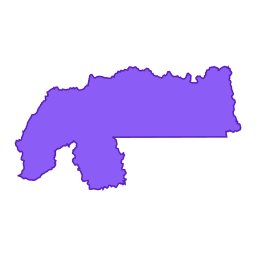 outline of Parauapebas, Pará, Brazil
{"feature_id": "56859067B78091380909488", "entity_name": "Parauapebas", "entity_type": "district", "adm_level": 2, "iso_a3": "BRA", "parent_name": "Brazil", "parent_adm1": "Pará", "projection": "natural_earth1", "projection_center": [-50.55, -6.199], "detail": "fine", "context": "isolated", "style": "filled", "palette": "violet", "viewbox_px": 256, "rotation_deg": 0, "n_neighbors": 0, "source": "geoboundaries", "source_scale": "gbopen_adm2", "svg_char_len": 5677}
<svg xmlns="http://www.w3.org/2000/svg" viewBox="0 0 256 256"><path d="M125.1,184.2L125.1,182.7L124.8,181.8L123.8,181.5L123.4,181.0L124.5,180.9L126.1,179.6L125.9,179.0L125.3,179.2L124.0,178.6L123.7,175.6L124.7,175.1L125.3,173.7L125.9,173.5L125.9,172.3L125.1,171.2L124.7,169.7L122.1,169.6L121.8,168.9L121.9,167.8L122.7,166.4L123.1,163.8L121.5,163.3L121.2,162.1L121.6,160.1L123.0,159.1L123.7,156.6L124.5,155.1L123.9,154.8L123.5,152.9L122.9,153.3L122.8,154.0L120.8,154.4L118.8,151.5L118.3,149.0L117.8,148.6L116.0,148.0L116.1,146.0L116.5,145.5L116.9,144.1L116.6,142.1L116.2,141.5L116.2,140.1L113.9,137.9L112.4,137.2L226.7,136.9L225.9,131.5L228.6,131.5L229.1,130.4L229.6,130.3L230.2,131.1L230.6,130.9L233.0,132.1L234.1,131.8L234.8,130.9L235.4,130.8L236.9,131.3L240.2,129.6L240.6,128.4L240.6,127.2L240.0,124.7L239.2,123.8L237.6,123.8L237.1,123.2L237.7,122.0L237.5,121.3L236.1,121.3L236.4,119.9L235.6,117.3L234.9,116.2L233.8,115.7L233.2,113.2L233.1,112.2L233.3,111.4L233.9,110.7L234.1,109.2L233.5,106.1L235.2,102.3L235.0,101.0L234.5,100.5L234.5,100.0L232.6,98.8L231.6,96.4L232.6,95.1L233.0,94.9L233.4,93.5L232.6,92.4L232.1,90.3L231.6,89.6L231.3,86.3L230.2,84.5L230.8,82.7L230.8,81.7L230.2,80.5L229.7,80.4L229.1,79.6L229.7,78.0L229.5,75.4L230.0,75.5L230.8,74.8L231.7,73.0L231.2,71.6L230.5,70.9L229.8,70.6L230.1,68.9L229.6,68.5L228.8,68.5L228.2,66.8L227.7,67.3L227.7,67.9L227.2,67.9L226.3,66.9L224.9,66.5L222.7,67.2L219.9,69.1L219.0,70.3L218.2,70.3L218.4,69.3L218.1,68.4L217.4,67.9L216.6,67.9L216.0,67.4L214.1,66.8L209.9,67.6L209.4,68.3L209.3,69.7L207.2,70.1L206.7,70.5L206.5,71.8L205.6,72.8L205.8,75.1L204.6,75.9L204.4,77.3L204.0,78.0L202.5,78.4L200.6,77.1L200.0,76.1L199.0,76.5L197.8,76.0L197.2,76.4L196.1,77.6L196.0,78.8L197.0,79.9L197.7,81.9L196.9,82.9L196.2,82.9L192.4,82.9L190.5,82.2L189.8,81.4L190.6,80.4L190.9,75.8L190.4,75.0L189.3,74.7L188.7,73.4L188.0,73.3L186.9,74.1L187.1,75.3L186.3,76.0L186.4,76.6L186.1,77.2L184.9,78.6L183.4,79.1L181.2,78.2L180.6,77.3L179.3,77.6L178.1,76.7L177.8,76.1L177.2,75.9L176.7,76.6L176.0,76.4L173.6,76.6L171.8,75.3L169.6,71.7L168.8,71.7L167.8,71.8L166.6,75.0L165.4,75.7L164.3,75.0L163.2,75.8L162.5,77.4L161.6,77.8L158.4,77.0L157.7,76.2L156.9,75.9L155.9,76.2L153.6,75.2L152.9,73.7L152.3,73.8L151.4,72.8L151.1,71.3L150.6,70.8L149.5,71.0L149.0,70.5L148.9,69.3L148.5,68.9L146.7,68.4L144.6,70.0L144.2,70.6L142.5,70.1L141.4,70.8L139.6,70.7L139.0,70.4L138.1,68.7L137.5,68.8L135.6,66.9L134.1,67.3L133.1,68.1L131.0,67.1L129.7,67.0L129.1,67.3L128.0,68.7L128.0,69.9L127.6,70.2L124.7,69.5L123.7,70.8L121.8,70.8L121.4,70.4L120.9,70.5L120.1,71.3L119.9,72.0L118.2,71.4L117.7,71.9L117.5,73.1L115.9,73.4L114.2,75.5L114.3,76.8L114.0,77.2L112.4,76.4L111.9,76.6L111.1,78.1L110.1,78.4L106.6,77.8L105.9,78.0L104.8,77.6L103.9,77.7L102.7,76.9L99.6,76.4L97.2,76.7L94.8,78.1L93.9,77.5L92.2,75.1L91.7,74.6L91.1,74.6L90.4,74.9L89.6,76.1L89.6,77.6L89.1,78.9L89.3,79.5L88.7,81.0L88.8,82.4L88.2,83.4L88.3,85.3L87.9,85.7L87.0,85.3L85.0,87.2L84.2,88.6L82.2,89.6L79.1,90.3L77.7,89.1L77.3,88.1L76.4,87.6L76.0,88.0L74.8,88.1L74.6,88.7L74.1,88.7L73.4,87.7L72.1,88.5L70.2,87.9L69.7,88.8L68.3,89.6L67.2,89.4L66.4,89.9L62.3,89.2L61.7,90.3L61.0,90.3L60.2,89.9L59.3,90.0L58.8,89.6L57.4,87.2L56.3,87.2L55.6,87.4L54.5,88.6L53.9,87.6L53.3,88.4L50.9,89.5L48.2,91.8L47.2,92.1L47.1,92.7L48.2,94.8L47.6,95.2L47.8,96.0L47.2,96.3L45.4,96.4L45.5,98.8L46.1,99.8L45.0,100.8L44.0,100.8L43.4,101.3L43.2,102.0L41.9,102.8L41.5,104.1L40.7,104.7L40.2,106.3L39.4,107.0L38.0,109.4L37.1,112.1L36.1,113.4L34.9,114.3L31.8,115.0L31.6,116.1L30.5,117.5L30.7,118.0L29.4,119.5L27.5,123.1L27.3,124.9L26.3,127.0L26.4,128.2L25.1,129.3L24.5,131.0L24.0,131.4L23.0,131.2L23.0,132.1L23.3,132.6L23.1,134.4L21.7,137.7L21.7,138.8L21.2,140.0L20.2,140.1L19.2,139.7L18.7,141.2L16.6,140.5L16.2,141.0L16.0,142.3L15.4,143.1L16.0,145.6L17.2,146.7L17.9,149.6L18.3,150.3L20.0,151.9L21.2,151.3L21.7,151.3L22.6,152.8L22.5,155.0L21.4,157.6L21.3,159.4L22.0,160.1L23.9,160.4L24.2,160.9L23.6,161.9L23.4,163.8L24.1,167.4L23.9,169.2L22.2,170.9L21.7,173.4L21.4,173.9L20.2,174.8L17.7,175.8L19.5,176.0L20.4,176.6L21.1,176.6L23.4,178.6L24.8,178.6L25.6,177.9L28.2,179.5L29.7,179.9L32.5,180.0L33.1,180.3L35.0,180.0L38.7,177.7L40.3,177.0L40.3,176.4L40.9,175.3L41.6,175.0L42.0,174.0L42.8,174.0L43.5,173.3L44.6,173.0L44.9,172.4L47.2,171.4L48.1,170.3L49.7,169.6L51.3,169.5L52.0,169.0L52.1,167.9L52.8,167.4L53.4,167.6L53.9,167.3L55.2,165.7L55.6,164.7L55.4,163.8L54.8,163.4L55.4,162.9L55.0,162.4L55.2,161.6L55.9,160.9L55.1,160.4L54.0,158.6L54.1,157.7L54.6,157.4L54.5,155.9L55.4,155.7L55.2,153.7L55.5,153.0L55.2,151.9L54.7,151.6L54.8,151.0L55.4,151.0L55.8,150.2L57.5,148.7L58.1,148.9L60.0,148.3L61.1,147.2L61.8,147.1L62.3,146.2L64.3,145.5L65.0,145.9L66.0,145.7L67.2,143.9L68.4,146.2L69.0,146.6L69.2,145.6L69.0,144.8L69.9,144.4L70.2,143.7L71.4,142.8L72.2,142.6L72.5,142.0L73.4,141.8L73.6,141.0L76.7,143.4L76.5,144.0L76.7,144.8L76.3,145.9L76.7,146.8L75.0,148.3L73.9,150.4L73.3,150.0L73.0,150.5L73.1,151.4L72.6,152.5L72.7,153.3L74.8,155.1L75.3,157.2L75.1,157.9L73.9,158.2L72.7,159.5L72.7,161.6L75.1,165.1L75.7,164.7L76.8,164.8L77.5,164.4L78.0,164.9L78.4,166.7L79.6,168.2L78.0,168.7L78.0,170.0L80.1,170.5L80.5,171.1L81.6,173.9L82.0,174.4L82.2,175.7L81.7,179.3L82.6,180.8L83.1,181.2L84.1,181.4L85.9,180.8L88.2,180.5L88.3,181.7L87.3,183.1L87.5,183.9L89.1,185.1L89.5,186.4L89.3,188.0L89.5,189.1L92.1,189.1L92.9,188.6L97.8,189.5L100.1,189.2L101.1,187.9L102.6,188.2L103.0,189.3L104.3,186.7L106.9,188.1L107.7,187.6L108.9,185.6L109.5,185.4L110.6,185.5L111.3,186.7L112.2,186.1L113.9,186.0L115.5,187.2L116.2,187.3L118.2,184.1L119.3,183.2L120.1,183.2L121.0,183.9L122.2,183.2L122.9,184.6L124.1,183.6L125.1,184.2Z" fill="#8b5cf6" stroke="#5b21b6" stroke-width="1.5"/></svg>